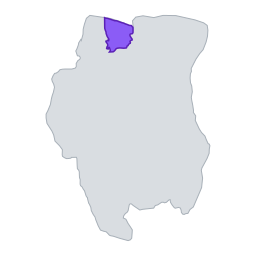 where Coronie sits in Suriname
{"feature_id": "SUR-71", "entity_name": "Coronie", "entity_type": "District", "adm_level": 1, "iso_a3": "SUR", "parent_name": "Suriname", "parent_adm1": "", "projection": "equal_earth", "projection_center": [-56.304, 5.634], "detail": "fine", "context": "in_parent", "style": "filled", "palette": "violet", "viewbox_px": 256, "rotation_deg": 0, "n_neighbors": 0, "source": "natural_earth", "source_scale": "10m", "svg_char_len": 3511}
<svg xmlns="http://www.w3.org/2000/svg" viewBox="0 0 256 256"><path d="M203.1,49.7L199.7,53.6L196.0,59.1L191.2,68.5L191.4,71.5L190.4,73.8L190.1,78.1L190.5,82.8L191.7,85.9L192.3,91.8L191.3,97.2L191.7,100.2L192.7,105.1L193.5,110.4L193.4,112.5L194.6,114.2L195.7,115.9L195.3,120.5L199.2,128.8L201.5,132.5L204.9,136.0L206.2,139.4L208.1,143.6L209.2,144.1L209.9,145.7L209.3,149.0L209.1,153.4L207.0,158.6L201.9,168.0L201.3,170.3L202.6,178.1L201.9,184.6L201.6,187.6L199.2,193.3L193.3,207.0L190.0,209.5L187.9,213.4L186.6,213.5L185.2,213.8L184.7,214.3L182.9,214.3L181.4,212.5L181.2,210.5L180.4,208.1L178.6,207.4L175.2,208.2L174.2,207.6L172.2,205.1L170.5,202.3L170.1,199.6L169.0,199.9L166.4,202.3L164.6,202.8L163.2,202.2L161.6,202.3L157.7,204.9L155.3,205.5L153.7,208.1L142.7,209.3L139.8,210.0L133.2,205.5L131.5,204.0L130.6,203.8L129.9,204.0L129.2,205.0L128.1,210.7L127.1,212.3L125.4,213.5L123.7,215.8L123.3,218.0L125.9,219.2L128.1,223.5L130.4,226.9L132.3,229.9L132.1,233.3L131.7,238.2L130.4,239.8L128.1,240.6L119.7,238.3L113.3,236.2L110.6,235.7L109.4,235.2L107.8,233.4L106.2,231.8L103.6,231.2L100.5,230.1L98.2,225.8L95.8,219.8L95.0,217.0L93.2,214.4L91.3,210.6L90.8,207.3L89.4,204.2L88.7,203.2L87.6,199.0L87.4,197.4L86.9,197.2L86.1,195.9L84.7,191.4L84.3,190.3L83.7,189.9L82.0,186.8L80.6,185.7L80.1,184.1L80.2,179.7L79.5,177.6L79.3,173.5L79.3,171.8L78.6,170.0L77.4,168.8L77.2,165.9L76.9,158.6L76.4,157.3L71.4,157.4L70.9,158.1L68.8,158.5L66.4,158.6L64.3,157.6L62.5,156.3L62.2,154.7L62.4,149.7L59.6,145.8L55.0,141.1L53.7,135.0L52.0,131.2L47.0,123.4L46.1,118.0L46.1,114.1L47.9,110.6L50.4,104.5L51.4,98.9L52.1,96.0L53.4,92.2L54.5,87.2L53.7,84.2L52.2,81.2L51.7,79.0L53.1,75.7L54.6,73.4L56.2,73.1L58.3,71.7L60.0,69.7L62.5,69.2L65.6,69.0L72.0,69.0L75.3,68.1L76.3,66.5L76.2,63.5L77.8,60.7L79.5,59.5L80.2,58.6L80.3,57.6L79.8,56.7L79.2,56.0L77.4,55.8L75.8,51.0L76.9,48.9L78.3,45.1L78.7,42.9L80.8,39.5L81.3,40.5L83.0,34.3L83.2,29.2L84.4,24.3L86.4,18.3L89.9,15.4L110.1,18.4L119.4,21.2L131.3,26.1L133.0,31.3L133.1,26.1L132.5,20.8L135.8,17.1L143.0,15.8L153.8,17.6L163.1,15.4L175.8,15.6L195.0,19.9L203.6,22.8L207.2,25.4L207.9,30.2L207.5,36.2L206.1,42.0L203.1,49.7Z" fill="#d9dde1" stroke="#a8b0b8" stroke-width="1"/><path d="M104.6,17.7L105.0,17.9L105.8,18.2L107.7,18.4L112.0,19.8L114.6,20.7L116.7,20.8L118.5,21.5L119.9,22.0L121.2,22.5L123.9,23.2L125.5,24.0L126.5,24.3L127.3,24.5L128.9,25.3L131.5,25.6L132.2,26.7L132.8,27.1L133.0,27.8L133.0,32.5L132.9,32.8L132.4,33.6L131.8,33.8L130.7,33.9L130.3,34.1L130.1,34.3L130.0,34.6L129.9,35.0L129.9,35.3L130.0,35.7L130.2,36.1L130.5,36.7L131.5,38.3L131.7,38.5L132.0,38.9L132.2,39.9L130.6,40.6L130.1,41.1L130.0,41.3L130.0,41.6L130.4,42.5L130.3,43.1L130.2,43.3L129.7,43.5L128.7,44.3L128.4,44.7L128.1,45.5L127.9,45.7L127.2,45.9L126.5,47.8L126.1,48.0L123.6,48.2L119.7,47.9L117.3,48.2L116.5,48.5L115.9,49.0L115.2,50.0L114.4,50.9L113.8,51.4L113.2,51.8L109.4,52.0L109.8,51.4L110.1,51.1L110.3,50.7L110.3,50.1L110.1,49.6L109.8,48.7L109.6,48.1L109.3,47.5L109.0,47.3L108.8,47.4L108.6,47.6L108.4,47.9L108.3,48.7L108.2,49.0L107.6,48.9L107.0,48.7L106.7,48.6L106.6,48.3L106.7,48.0L106.9,47.7L106.9,47.1L107.1,46.7L107.3,46.5L107.5,46.1L107.7,45.6L107.7,44.8L107.6,44.3L107.4,43.8L106.1,42.0L105.9,41.5L106.0,41.1L106.5,41.1L107.0,40.9L107.2,40.6L107.4,40.3L107.7,40.2L107.9,40.4L108.4,40.7L108.6,40.7L108.7,40.4L108.8,39.8L108.8,39.2L108.7,38.9L107.2,36.5L106.2,33.7L106.1,33.1L106.0,31.9L105.8,31.4L105.4,30.5L104.8,28.6L104.7,27.3L104.6,18.2L104.6,17.7Z" fill="#8b5cf6" stroke="#5b21b6" stroke-width="1.5"/></svg>